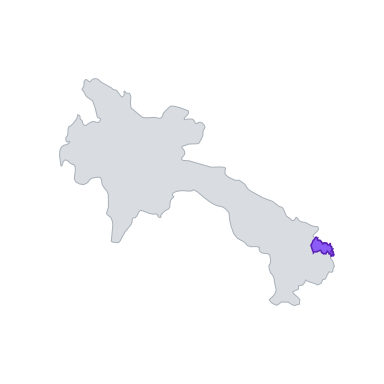 location of Dakcheung, Xékong, Laos, rotated 342°
{"feature_id": "54806243B33031915083472", "entity_name": "Dakcheung", "entity_type": "district", "adm_level": 2, "iso_a3": "LAO", "parent_name": "Laos", "parent_adm1": "Xékong", "projection": "mercator", "projection_center": [107.512, 15.387], "detail": "fine", "context": "in_parent", "style": "filled", "palette": "violet", "viewbox_px": 384, "rotation_deg": 342, "n_neighbors": 0, "source": "geoboundaries", "source_scale": "gbopen_adm2", "svg_char_len": 7511}
<svg xmlns="http://www.w3.org/2000/svg" viewBox="0 0 384 384"><g transform="rotate(342 192 192)"><path d="M137.7,56.1L139.4,59.3L147.4,67.9L148.8,70.2L151.7,72.0L154.2,79.6L155.2,80.0L156.6,79.5L157.6,78.5L158.4,75.5L159.0,75.2L159.9,77.6L162.1,78.4L163.1,79.4L163.4,81.2L163.1,83.1L161.2,87.4L160.0,93.2L167.9,105.6L171.2,107.3L179.0,109.3L184.3,112.1L186.8,111.4L189.1,108.3L191.9,106.6L197.2,104.0L198.7,103.8L201.6,104.9L206.4,108.0L213.6,113.7L213.4,115.3L212.1,116.8L208.2,119.0L207.0,120.5L207.7,121.1L210.9,121.4L214.7,122.7L215.9,124.2L216.5,127.7L217.2,128.3L220.7,127.9L221.8,128.4L223.1,129.5L224.3,132.3L224.3,134.5L220.8,138.2L220.4,140.5L218.6,143.1L213.8,147.6L212.5,147.9L203.6,145.4L196.6,145.7L196.0,146.7L197.2,149.4L197.5,152.1L196.4,154.1L192.4,156.7L192.2,157.9L193.1,159.1L198.9,161.5L217.8,174.3L226.3,176.8L230.1,178.4L231.1,179.3L231.0,180.4L230.0,181.8L229.2,184.3L229.2,185.8L230.1,187.3L231.6,189.5L236.8,194.3L240.7,195.5L244.7,201.0L245.9,205.9L247.9,209.0L257.7,219.5L265.8,225.9L270.6,232.9L273.0,234.4L273.7,236.9L274.4,244.2L277.2,247.9L277.8,249.3L279.0,250.4L280.3,250.6L283.2,248.2L283.8,248.6L285.1,252.4L286.2,253.8L290.6,256.2L295.1,260.8L297.6,262.5L300.7,263.8L301.1,265.3L300.5,266.8L299.5,267.7L294.2,270.4L293.5,271.6L297.0,277.5L305.8,284.8L308.6,289.1L308.0,291.2L305.6,295.5L303.7,296.6L303.3,297.9L304.6,301.4L304.5,306.7L302.8,308.0L301.2,311.3L300.1,311.5L297.4,310.3L291.8,316.0L289.3,315.7L286.5,318.8L282.8,319.2L280.3,316.9L274.9,313.1L273.0,310.8L271.3,312.8L268.4,314.7L264.4,314.1L263.4,316.9L262.6,317.4L257.7,317.9L256.8,318.3L257.6,320.9L260.4,325.2L261.3,327.7L259.5,331.8L254.5,331.7L252.2,330.0L249.4,326.5L243.0,324.3L238.7,325.8L237.4,325.8L234.1,322.9L232.9,321.0L232.2,318.2L237.1,316.0L239.6,314.2L241.2,312.3L241.9,310.4L242.7,302.3L243.4,299.5L243.0,296.0L241.7,293.2L241.7,289.1L242.4,285.7L244.3,284.1L245.6,281.6L246.4,276.2L245.8,274.9L243.9,273.5L240.8,272.3L238.9,270.7L238.1,268.7L238.1,267.1L239.1,265.6L236.8,264.0L231.1,262.2L228.0,260.0L227.3,257.5L225.0,254.3L220.9,250.2L218.8,244.3L218.6,236.7L219.1,230.4L220.8,223.2L218.5,218.0L215.9,215.2L212.3,213.2L208.8,210.3L205.6,206.5L201.7,200.9L197.1,193.4L194.0,190.1L192.5,190.9L189.2,190.2L184.1,188.0L179.7,186.9L176.0,186.7L173.6,187.2L172.4,188.3L172.4,189.5L173.3,190.6L172.8,191.4L170.8,192.1L169.2,193.3L167.5,196.0L166.2,199.6L164.4,200.9L161.5,201.3L158.7,202.3L155.9,204.0L154.6,205.3L154.8,206.2L154.2,206.4L152.8,205.9L152.2,204.7L152.2,202.9L150.8,201.6L147.9,201.0L144.6,199.0L138.3,193.9L136.9,193.6L134.8,195.0L132.1,197.8L129.9,199.0L128.1,198.4L126.8,199.4L125.8,202.0L124.0,204.1L115.6,209.6L108.0,216.8L106.0,217.4L101.4,215.4L100.0,214.0L106.3,199.4L107.2,195.9L107.0,191.2L104.3,187.2L104.2,186.1L104.7,184.9L107.9,180.4L111.6,168.6L111.4,165.0L109.8,161.0L108.9,157.1L109.6,151.9L109.3,149.9L107.6,148.9L101.7,147.9L98.4,148.7L96.8,150.1L94.9,151.0L91.2,151.5L87.7,149.7L84.8,146.8L84.1,143.1L87.8,135.2L88.6,132.1L88.5,130.7L87.9,129.2L87.1,129.0L85.2,127.1L83.4,123.8L81.7,122.3L80.1,122.6L78.6,123.9L76.2,127.0L75.4,126.6L77.5,115.6L79.6,111.0L81.9,108.8L84.5,107.9L87.1,108.2L89.3,107.8L91.1,106.7L91.0,106.0L88.8,105.9L88.0,104.6L88.4,102.3L89.4,100.8L90.8,100.1L92.2,97.7L93.6,93.7L95.3,91.7L97.2,91.6L100.5,89.9L105.3,86.5L107.1,83.2L108.9,84.7L108.2,88.5L109.1,89.3L109.6,90.7L109.3,92.8L109.7,94.6L110.4,95.5L111.5,95.9L116.5,94.4L119.6,94.3L124.6,97.1L127.5,95.0L127.6,94.2L125.1,91.6L125.9,81.9L125.6,74.6L121.4,69.1L120.6,66.9L120.2,63.4L119.0,60.3L122.0,57.8L123.6,53.3L125.6,52.2L126.3,52.4L128.8,55.8L132.0,54.1L134.5,54.1L136.5,55.0L137.7,56.1Z" fill="#d9dde1" stroke="#a8b0b8" stroke-width="1"/><path d="M304.5,296.1L304.8,296.0L304.9,295.8L305.1,295.7L305.6,295.9L305.9,296.2L306.1,296.2L306.2,296.3L306.3,296.4L306.5,296.4L306.6,296.2L306.8,295.8L306.7,295.7L306.8,295.7L307.0,295.7L307.1,295.8L307.3,295.8L307.6,295.7L307.4,295.3L307.4,295.2L307.0,294.8L307.0,294.7L306.9,294.5L307.5,294.0L307.7,293.9L307.5,293.6L307.5,293.4L307.3,293.3L307.2,293.0L307.3,293.1L307.5,293.1L307.7,292.8L307.7,292.7L307.8,292.5L307.7,292.4L307.4,292.2L307.3,291.8L307.2,291.7L307.0,291.3L306.9,291.4L306.8,291.2L306.7,291.1L306.4,291.0L306.5,290.9L306.4,290.9L306.5,290.8L306.7,290.7L306.7,290.8L306.8,290.7L306.7,290.6L306.8,290.5L307.0,290.8L307.3,290.6L307.5,290.5L307.6,290.4L307.5,290.2L307.9,290.0L308.0,289.9L307.9,289.9L307.7,289.9L307.7,289.6L307.6,289.4L307.6,289.1L307.6,288.8L307.5,288.7L307.4,288.6L307.5,288.4L307.4,288.1L307.5,287.9L307.6,287.7L307.7,287.3L307.9,287.4L308.0,287.3L308.0,287.1L307.9,287.0L307.9,286.9L307.8,286.7L307.7,286.6L307.4,286.6L307.2,286.5L307.3,286.4L307.1,286.2L307.1,285.9L307.1,285.7L307.2,285.4L306.9,285.2L307.0,284.9L307.2,284.7L307.3,284.7L307.4,284.4L307.5,284.3L307.5,284.2L307.6,283.9L307.3,283.9L307.2,283.8L307.0,284.0L306.8,284.1L306.6,284.1L306.2,284.5L305.8,284.7L305.7,284.7L305.4,284.5L305.3,284.4L305.1,284.3L304.9,284.3L304.7,284.2L304.4,284.0L304.5,283.7L304.6,283.4L304.7,283.2L304.6,282.6L304.4,282.5L304.4,282.4L304.3,282.1L304.1,282.1L303.8,282.1L303.7,282.0L303.6,281.9L303.3,282.0L303.2,282.0L303.2,281.9L303.3,281.8L303.3,281.7L303.2,281.6L303.0,281.4L302.9,281.3L302.7,281.3L302.4,281.2L302.2,281.2L301.9,281.2L301.7,281.3L301.8,281.4L301.8,281.5L301.7,281.6L301.4,281.6L301.2,281.4L301.1,281.5L300.7,281.5L300.6,281.4L300.6,281.5L300.5,281.4L300.4,281.4L300.3,281.5L300.2,281.5L300.2,281.3L300.1,281.2L300.1,280.9L300.1,280.7L300.0,280.3L299.9,280.2L299.8,279.9L299.7,279.8L299.7,279.7L299.6,279.4L299.7,279.1L299.4,279.0L299.2,278.9L299.1,278.7L299.3,278.4L299.2,278.0L299.0,277.7L298.9,277.6L298.8,277.4L298.7,277.3L298.4,277.3L298.2,277.2L298.0,277.3L297.8,277.2L297.7,277.3L297.4,277.3L297.2,277.2L296.9,277.0L296.9,276.8L296.9,276.7L297.0,276.5L297.0,276.4L296.9,276.3L296.7,276.4L296.6,276.2L296.7,275.8L296.8,275.7L296.9,275.4L296.8,275.2L297.0,275.0L296.9,274.9L296.9,274.7L297.0,274.6L296.9,274.6L296.7,274.5L296.6,274.2L296.4,274.1L296.2,274.1L296.1,273.9L296.2,273.7L296.3,273.6L296.1,273.5L296.1,273.4L295.9,273.4L295.7,273.5L295.6,273.4L295.5,273.5L294.1,274.5L293.3,275.1L292.3,275.5L291.8,276.0L290.5,277.7L289.0,278.9L289.1,279.2L288.6,279.5L288.6,280.1L288.7,280.9L288.5,282.4L288.5,282.9L288.8,283.6L288.8,283.9L288.8,284.1L288.6,284.4L288.5,284.7L288.5,285.1L288.8,285.7L288.8,285.9L288.8,286.6L288.6,287.5L288.8,287.4L289.1,287.0L289.6,286.7L290.0,286.7L290.3,286.7L290.6,287.0L291.3,287.1L292.0,287.5L292.5,287.5L292.8,287.3L293.2,287.3L294.0,287.3L294.4,287.2L294.6,287.0L295.2,287.2L295.5,287.1L295.8,287.1L296.0,287.1L296.3,287.2L296.6,287.8L296.5,288.1L296.5,288.8L296.6,289.2L296.5,289.3L296.5,289.5L296.7,289.8L296.8,289.8L296.8,290.0L297.0,290.2L297.1,290.4L297.3,290.4L297.3,290.5L297.5,290.8L297.8,291.0L297.9,291.4L298.0,291.5L298.3,291.5L298.6,291.5L298.8,291.6L299.0,291.6L299.3,291.7L299.4,291.9L299.6,292.1L300.0,292.1L300.3,292.1L300.4,291.9L300.6,291.9L300.7,291.7L300.9,291.5L301.0,291.3L301.1,291.1L301.2,290.9L301.5,290.7L301.8,290.6L302.1,290.0L302.3,290.0L302.5,290.1L302.7,290.4L302.7,290.5L302.7,290.8L302.8,290.8L302.9,291.0L302.8,291.3L302.9,291.5L303.2,291.9L303.2,292.2L303.2,292.3L303.3,292.5L303.3,292.8L303.5,292.7L303.6,292.8L303.6,293.3L303.8,293.3L304.0,293.3L304.0,293.2L304.2,293.3L304.3,293.2L304.3,293.4L304.5,293.3L304.5,293.5L304.8,294.1L304.9,294.3L304.9,294.5L304.9,294.8L304.9,295.2L304.7,295.2L304.5,295.3L304.6,295.5L304.6,295.9L304.5,296.0L304.5,296.1Z" fill="#8b5cf6" stroke="#5b21b6" stroke-width="1.5"/></g></svg>